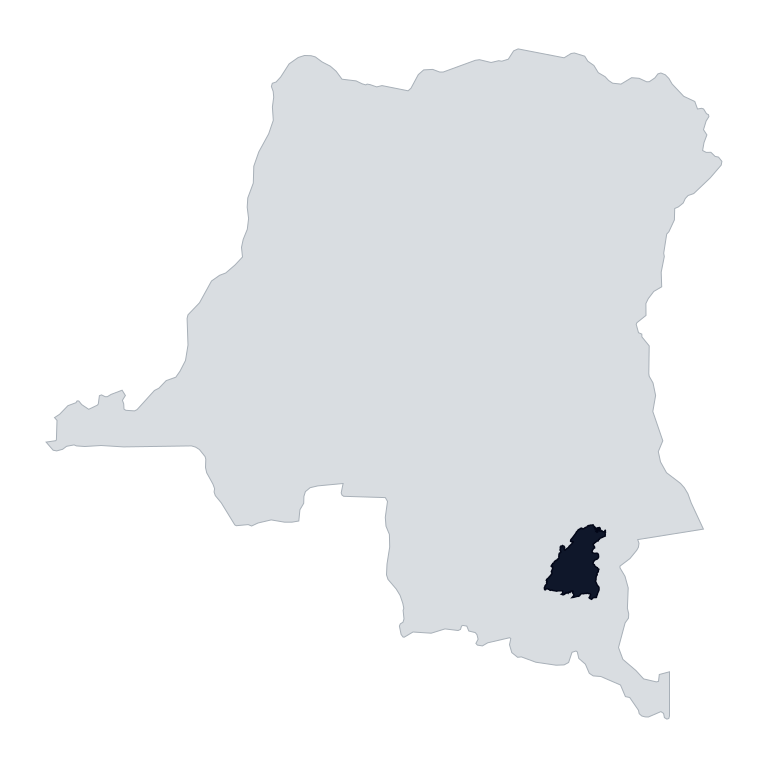 Mitwaba, Katanga, Democratic Republic of the Congo shown in context
{"feature_id": "63176286B64695958976401", "entity_name": "Mitwaba", "entity_type": "district", "adm_level": 2, "iso_a3": "COD", "parent_name": "Democratic Republic of the Congo", "parent_adm1": "Katanga", "projection": "mercator", "projection_center": [27.057, -9.113], "detail": "fine", "context": "in_parent", "style": "filled", "palette": "ink", "viewbox_px": 768, "rotation_deg": 0, "n_neighbors": 0, "source": "geoboundaries", "source_scale": "gbopen_adm2", "svg_char_len": 9425}
<svg xmlns="http://www.w3.org/2000/svg" viewBox="0 0 768 768"><path d="M703.4,529.1L637.7,539.6L639.0,543.3L638.4,547.3L636.7,550.3L630.0,558.5L620.0,566.1L620.0,567.9L625.0,576.3L628.2,587.9L627.4,608.3L628.7,613.8L628.5,618.1L625.1,622.9L618.5,647.5L622.9,659.4L636.0,670.6L643.6,678.9L656.4,681.9L658.5,681.4L659.3,674.5L669.5,671.8L669.5,716.0L668.8,718.5L666.9,719.1L664.4,717.6L663.6,713.4L660.9,711.6L648.4,717.0L645.2,716.9L641.8,716.0L639.2,713.7L638.5,710.3L629.7,697.5L625.4,696.6L620.5,685.0L600.8,676.5L593.2,675.9L589.3,673.3L585.4,664.2L578.8,658.4L577.3,651.9L576.0,651.0L572.0,652.3L568.6,662.5L564.1,664.9L556.1,665.2L535.8,662.2L521.4,656.9L517.6,657.3L511.8,652.6L509.5,644.7L510.8,638.6L509.7,637.7L487.7,642.8L482.4,645.9L477.4,645.1L475.9,643.4L478.1,639.2L477.0,634.7L475.3,632.6L468.8,631.0L466.8,626.1L462.8,625.4L461.5,626.1L460.5,629.4L458.1,630.5L445.0,628.9L431.2,633.2L413.0,632.0L404.2,637.2L403.0,637.0L401.1,634.4L399.4,626.1L400.3,623.9L403.0,622.2L404.0,618.9L403.1,610.3L403.8,608.3L402.8,603.3L400.1,595.4L396.2,589.0L388.0,579.4L386.5,574.8L387.0,564.1L389.7,547.0L389.4,534.4L386.0,526.2L385.3,517.3L387.5,501.4L385.3,497.6L343.7,496.3L342.0,495.1L341.2,492.9L343.1,483.5L317.7,485.9L310.1,487.7L305.4,491.6L303.9,496.4L303.7,503.3L299.9,509.8L298.8,521.0L291.8,522.2L284.7,522.2L271.2,519.9L258.0,523.0L251.6,526.0L248.2,524.6L236.3,525.7L234.8,524.9L221.3,502.9L215.3,495.6L214.1,492.0L214.6,488.6L212.9,484.0L206.7,472.8L205.5,467.5L205.8,459.3L205.1,456.6L199.4,449.5L195.6,447.1L191.5,445.9L123.6,446.9L101.1,445.5L84.7,446.5L76.4,445.9L74.1,444.9L66.6,446.3L62.6,449.3L56.7,450.9L53.1,450.2L46.1,442.1L55.7,440.7L56.4,439.9L57.0,420.4L54.5,417.6L59.6,414.3L67.9,405.7L76.0,402.7L77.1,400.9L78.8,401.0L81.7,404.6L88.7,409.3L97.3,405.2L98.3,404.0L99.4,395.7L101.5,394.9L105.2,396.7L107.3,396.7L111.1,394.4L122.1,390.2L125.4,395.5L122.4,400.3L123.7,403.8L124.0,409.1L125.8,410.3L134.5,410.9L137.1,409.6L154.4,390.5L158.9,388.2L166.2,380.6L175.8,377.2L180.0,371.2L185.5,360.5L188.0,345.1L187.1,318.4L188.0,314.8L199.5,302.8L211.5,281.0L219.6,275.3L225.7,273.0L235.0,265.0L242.5,257.0L241.5,247.4L243.2,239.4L247.3,229.3L248.6,218.5L247.2,207.2L247.8,197.9L253.3,183.1L253.8,166.2L258.8,151.9L268.7,133.8L273.3,120.3L272.4,107.0L273.7,97.2L273.2,91.5L271.4,86.5L272.3,83.3L276.1,82.0L280.7,77.0L289.1,63.9L298.2,57.5L304.5,55.5L311.0,55.7L315.3,56.9L322.2,62.0L330.2,66.1L336.1,71.2L342.0,79.2L356.1,80.9L362.1,83.8L365.8,84.9L367.1,84.1L370.0,84.6L376.7,86.9L382.0,85.6L408.1,90.8L411.0,88.2L418.3,74.6L423.7,69.9L432.7,69.4L439.6,72.0L443.3,72.0L475.3,60.3L479.5,59.7L491.1,62.5L498.7,60.7L501.8,61.2L508.3,59.2L513.6,50.9L518.1,48.9L564.1,57.8L571.1,53.5L574.4,53.0L584.7,56.2L587.8,61.2L593.9,65.5L598.3,72.7L605.1,76.7L608.6,80.5L612.6,83.2L621.0,84.1L631.6,77.7L639.1,78.3L646.7,81.8L649.3,81.7L654.9,77.9L657.9,73.9L660.9,73.0L665.3,74.8L668.9,78.5L672.1,84.0L683.7,96.3L694.8,101.5L697.5,109.0L701.6,108.3L703.6,109.0L706.5,113.7L708.5,114.7L708.9,116.6L706.1,121.1L703.5,129.7L706.9,134.9L704.0,142.6L702.6,150.5L706.2,152.4L710.9,152.3L715.1,156.4L718.5,157.1L721.9,161.4L721.2,165.1L710.2,177.9L693.7,193.6L688.1,195.5L685.3,198.5L683.2,203.0L678.4,206.9L674.7,208.5L674.4,219.9L668.9,231.7L666.7,234.1L663.7,253.2L664.3,256.5L661.2,272.2L661.7,286.8L653.8,291.4L648.3,298.6L645.9,303.5L646.0,315.4L636.9,322.7L636.2,324.3L638.5,332.7L641.8,334.1L641.9,336.9L649.2,345.9L648.8,373.6L649.2,376.3L653.0,382.9L655.6,395.5L652.8,411.5L662.8,440.8L658.3,451.6L660.5,461.9L666.5,472.7L680.5,483.4L684.3,487.7L687.9,493.7L691.2,502.9L703.4,529.1Z" fill="#d9dde1" stroke="#a8b0b8" stroke-width="1"/><path d="M546.7,581.1L547.3,581.2L547.4,581.4L547.4,581.5L546.8,582.1L546.6,582.4L546.6,582.8L546.9,583.5L547.0,583.8L546.3,584.4L545.3,585.5L545.1,585.8L545.0,586.5L544.4,587.6L544.4,588.3L544.5,588.6L544.5,589.2L544.7,589.6L544.9,589.8L545.5,589.8L545.7,589.6L545.9,588.9L546.1,588.8L547.7,588.7L547.9,589.0L548.4,589.3L549.1,589.3L549.9,590.2L550.2,590.3L550.6,590.3L551.5,590.1L551.9,590.0L553.1,590.6L554.3,590.6L554.7,590.8L555.6,590.8L555.8,591.0L556.2,591.1L556.9,591.1L557.9,590.8L562.3,590.8L562.6,591.0L562.7,591.7L562.6,593.2L562.3,593.6L561.4,594.2L561.7,594.3L562.0,594.2L562.3,594.4L562.4,594.6L562.7,594.6L562.9,594.8L563.1,594.8L563.4,594.7L563.6,594.7L564.1,594.4L564.4,594.4L564.5,594.3L564.6,594.1L564.6,593.5L565.0,593.4L565.2,593.2L565.4,593.1L565.7,593.2L565.8,593.4L566.1,593.2L566.3,593.4L566.3,593.5L566.4,593.3L566.3,592.8L566.3,592.6L566.6,592.8L566.7,592.7L566.9,592.7L567.1,593.1L567.1,592.7L567.3,592.7L567.6,592.8L567.9,593.1L568.0,592.7L568.2,592.8L568.3,592.5L568.6,592.3L568.8,592.5L569.1,592.1L569.4,592.3L569.8,592.4L569.8,592.2L570.0,591.8L570.6,591.9L570.6,591.6L571.0,591.0L571.3,590.9L571.6,591.1L572.0,590.8L572.5,590.8L572.8,590.9L573.0,591.1L573.0,591.5L572.6,592.2L572.7,592.8L572.8,593.1L573.1,593.4L573.4,593.6L573.9,594.9L573.9,595.2L573.1,596.4L572.1,597.5L573.7,597.3L577.3,596.3L578.5,596.3L579.5,595.8L580.7,594.1L581.3,593.8L582.3,593.6L583.4,593.8L585.0,593.4L586.3,593.5L586.8,593.3L587.0,593.1L587.4,593.0L587.7,593.1L588.1,593.5L588.5,593.6L589.4,593.7L589.8,593.6L590.1,593.7L590.5,594.3L590.7,594.8L590.4,595.5L590.0,595.9L590.0,596.6L589.2,597.4L589.1,597.6L589.3,598.0L590.3,598.7L591.6,599.3L593.2,597.7L594.5,597.5L595.9,597.5L596.2,597.5L596.4,597.4L596.7,595.7L597.3,594.7L597.4,593.7L598.2,591.9L599.0,590.0L599.0,587.6L598.6,586.7L597.3,585.3L595.8,581.9L595.4,581.4L596.0,579.6L596.0,578.2L596.2,576.3L597.2,574.8L597.1,573.9L597.0,573.6L596.9,573.2L597.2,572.8L597.5,572.5L598.2,571.9L598.3,571.5L598.2,570.1L598.8,569.7L598.8,569.2L598.1,568.8L597.6,568.3L597.4,567.7L597.0,567.6L596.5,567.4L595.6,566.6L595.2,566.5L594.8,566.0L594.5,565.1L594.3,564.7L593.3,564.2L593.0,563.6L593.4,561.9L594.2,560.8L595.1,559.8L597.1,559.1L598.1,558.1L598.6,557.0L598.5,555.9L598.4,554.6L597.8,553.6L597.3,553.3L596.7,553.2L594.6,553.4L593.6,553.2L592.7,552.7L592.1,552.2L592.2,550.6L592.8,549.7L593.4,548.7L593.8,548.3L594.6,547.9L594.5,546.8L594.3,546.6L594.0,546.3L593.9,545.9L593.6,545.5L593.3,544.9L593.2,544.2L593.3,544.0L593.6,543.7L594.1,543.5L594.4,543.2L594.6,542.7L595.5,542.4L595.9,542.0L596.2,541.4L596.4,541.2L596.8,541.2L598.3,540.8L598.5,539.8L598.6,539.5L599.3,539.3L599.6,538.9L599.9,538.4L600.4,538.0L601.4,537.7L602.8,537.1L603.0,536.8L603.5,536.7L604.5,536.3L604.8,536.2L604.7,536.1L604.8,536.0L605.1,535.7L605.2,535.4L605.3,534.6L605.0,533.5L605.3,533.0L605.5,532.1L605.3,531.8L605.3,530.9L605.4,530.5L605.3,530.3L605.2,530.3L604.8,530.8L604.8,531.3L604.7,531.6L604.4,531.9L602.5,531.5L602.3,531.3L602.2,531.0L601.9,530.8L601.9,531.0L601.4,531.2L600.6,530.9L599.9,531.0L599.9,530.5L600.0,530.3L600.2,529.6L600.2,528.6L599.7,528.8L599.4,529.2L599.0,529.5L598.8,529.9L598.2,530.6L597.8,531.8L597.5,532.2L597.0,532.4L596.7,532.2L597.4,530.8L597.2,530.5L596.9,530.6L596.4,531.0L596.0,531.1L596.3,530.5L597.0,529.6L598.5,528.4L599.4,527.9L600.1,527.3L599.5,527.6L598.4,527.7L597.4,527.9L596.5,528.2L595.2,529.3L595.1,529.0L595.1,528.6L595.3,527.7L595.2,527.5L594.6,527.8L594.3,527.5L594.5,527.1L594.5,526.8L594.2,526.4L593.2,525.6L593.1,524.9L592.9,524.9L592.3,525.0L591.9,525.0L591.3,525.3L590.2,525.1L589.3,525.7L588.6,526.0L588.3,526.0L588.2,525.7L587.5,526.1L587.2,526.7L586.9,527.0L586.5,527.1L585.7,527.5L585.3,527.5L584.2,528.4L583.4,528.8L582.5,528.8L582.3,528.7L582.1,528.4L581.9,528.3L581.6,528.4L581.4,528.2L581.2,528.1L580.5,528.7L580.4,528.7L580.2,528.6L579.8,529.0L579.7,529.2L579.3,529.5L578.4,529.6L578.0,530.3L577.3,531.2L576.5,531.9L576.2,532.4L576.3,532.6L575.9,533.2L572.4,537.9L570.9,539.6L570.6,540.7L570.6,541.3L570.8,541.4L572.2,541.8L572.9,541.6L573.3,541.8L573.4,542.0L572.9,542.5L572.2,543.0L571.8,544.0L571.5,544.1L569.5,546.0L569.2,546.2L568.9,546.6L568.9,547.1L568.8,547.3L568.3,547.8L567.6,548.0L567.1,548.6L566.6,548.8L566.3,549.2L565.9,549.3L565.5,549.8L565.3,549.9L565.0,550.2L564.8,550.2L564.5,549.9L564.4,549.6L564.2,549.5L564.1,548.7L564.4,548.3L564.3,548.1L564.6,547.6L564.5,547.1L564.4,546.9L564.1,546.6L563.9,546.2L563.7,546.2L563.2,545.9L563.0,546.0L562.8,545.9L562.5,545.8L562.4,545.6L561.6,546.1L561.9,546.3L562.0,546.5L561.9,546.9L561.7,546.8L561.5,546.4L560.9,546.2L560.8,546.5L560.7,546.7L560.3,546.9L560.2,547.1L560.4,547.7L560.5,548.0L560.5,548.6L560.3,548.8L560.4,549.1L560.1,549.5L560.3,550.0L560.2,550.5L560.8,551.2L560.8,551.4L560.8,551.7L560.9,552.0L560.5,552.4L560.0,553.0L559.4,553.2L559.0,554.4L558.9,556.3L558.8,556.7L558.9,557.0L559.0,557.4L558.8,558.3L558.7,558.4L558.3,558.5L558.1,558.7L557.9,559.1L557.7,559.2L557.3,559.4L557.1,559.8L557.0,560.1L556.8,560.3L556.6,560.3L556.5,560.5L556.1,560.4L555.8,560.5L555.7,560.7L555.2,561.1L554.8,561.2L554.3,561.8L554.4,562.1L554.2,562.4L554.1,562.5L553.9,562.8L553.6,563.1L553.5,563.3L553.1,563.5L552.7,563.5L552.5,564.3L552.4,564.4L552.0,564.6L552.0,564.9L551.9,565.3L551.7,565.4L551.6,565.7L551.4,565.8L551.6,566.2L551.9,566.3L551.6,566.5L552.0,566.7L552.1,566.8L552.4,567.1L552.4,567.3L552.6,567.3L552.6,567.5L552.7,568.0L552.6,568.6L552.3,569.6L552.1,569.8L552.1,570.0L551.9,570.4L551.8,570.7L551.7,570.8L551.7,571.1L551.4,571.4L551.4,571.9L551.7,572.2L551.8,572.5L552.0,573.3L551.8,573.7L551.9,573.8L551.6,574.3L551.3,574.3L550.9,575.0L550.8,575.5L550.2,575.8L549.9,576.3L549.3,576.8L548.6,577.8L546.8,579.3L546.3,580.3L546.6,580.5L546.7,581.1Z" fill="#0f172a" stroke="#020617" stroke-width="1.5"/></svg>